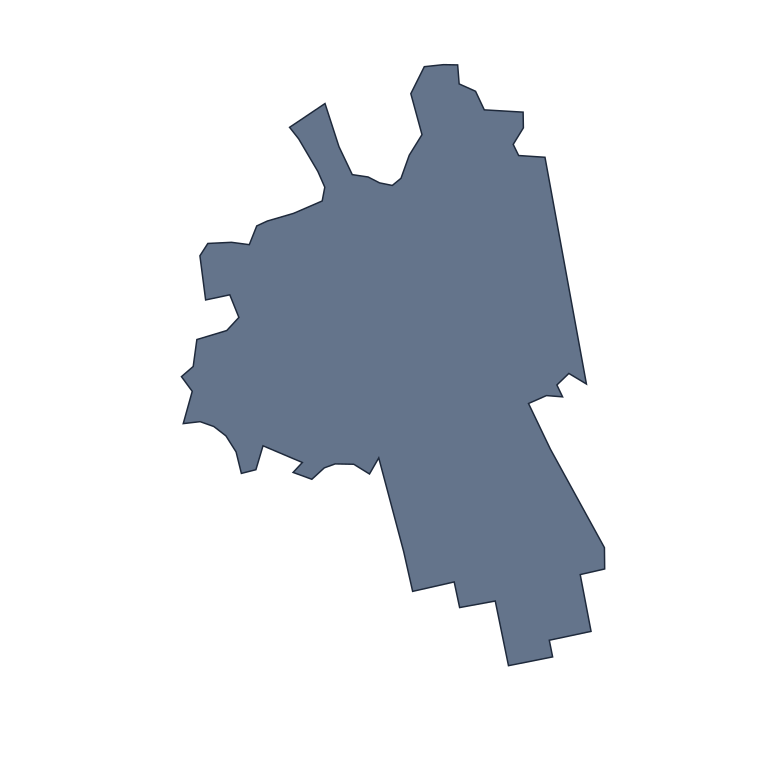 Vista Alegre do Prata, Rio Grande do Sul, Brazil (Robinson projection), rotated 78°
{"feature_id": "56859067B77404714418488", "entity_name": "Vista Alegre do Prata", "entity_type": "district", "adm_level": 2, "iso_a3": "BRA", "parent_name": "Brazil", "parent_adm1": "Rio Grande do Sul", "projection": "robinson", "projection_center": [-51.791, -28.831], "detail": "fine", "context": "isolated", "style": "filled", "palette": "slate", "viewbox_px": 768, "rotation_deg": 78, "n_neighbors": 0, "source": "geoboundaries", "source_scale": "gbopen_adm2", "svg_char_len": 1090}
<svg xmlns="http://www.w3.org/2000/svg" viewBox="0 0 768 768"><g transform="rotate(78 384 384)"><path d="M592.8,399.1L592.2,356.5L618.4,356.5L619.4,320.3L685.4,320.8L686.0,275.8L669.0,275.6L669.0,232.9L611.2,231.7L610.8,206.6L589.9,202.4L482.3,234.8L433.1,246.7L429.1,227.5L433.7,212.0L420.9,215.1L412.1,201.0L426.1,186.0L195.7,179.4L188.5,204.8L176.5,207.8L162.4,194.4L147.0,191.4L136.7,228.9L116.7,233.6L106.1,248.1L87.2,245.6L84.0,259.4L82.0,278.6L105.6,297.4L148.0,295.0L165.4,311.7L186.3,324.6L191.5,334.6L186.3,346.6L178.2,356.5L172.6,371.5L142.5,378.7L97.4,383.4L113.3,423.0L126.5,416.5L162.4,404.5L179.2,401.0L192.1,406.4L198.3,437.1L200.3,464.1L202.9,475.6L219.7,486.8L213.7,503.7L209.9,527.1L220.3,537.4L264.7,541.0L264.7,516.3L288.7,512.1L299.0,526.7L301.6,557.8L327.2,567.0L334.7,580.6L351.3,573.1L381.0,588.6L382.6,571.7L390.2,559.3L401.9,549.4L419.7,542.8L441.8,542.1L441.2,527.1L419.3,515.2L443.8,480.2L451.6,491.3L462.2,474.4L453.6,459.8L452.0,448.4L456.2,430.3L469.0,416.9L455.2,404.5L551.9,399.6L592.8,399.1Z" fill="#64748b" stroke="#1e293b" stroke-width="1.5"/></g></svg>